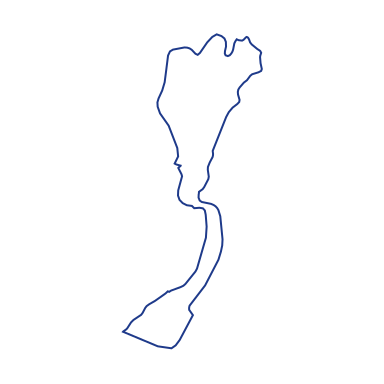 SVG path tracing the border of Khorezm, rotated 72°
{"feature_id": "UZB-355", "entity_name": "Khorezm", "entity_type": "Region", "adm_level": 1, "iso_a3": "UZB", "parent_name": "Uzbekistan", "parent_adm1": "", "projection": "robinson", "projection_center": [60.994, 41.256], "detail": "fine", "context": "isolated", "style": "outline", "palette": "blue", "viewbox_px": 384, "rotation_deg": 72, "n_neighbors": 0, "source": "natural_earth", "source_scale": "10m", "svg_char_len": 1947}
<svg xmlns="http://www.w3.org/2000/svg" viewBox="0 0 384 384"><g transform="rotate(72 192 192)"><path d="M70.5,118.0L72.4,117.8L73.8,115.9L73.6,113.8L72.4,111.8L71.0,110.2L69.3,108.9L63.7,105.8L62.0,104.1L60.6,102.3L62.0,100.8L63.5,97.6L63.2,96.0L61.9,93.5L61.6,92.9L61.4,92.2L61.8,91.6L62.6,91.0L64.5,90.6L67.7,90.5L70.1,89.6L76.2,85.7L78.4,83.9L79.1,83.5L81.0,83.2L83.5,85.0L84.8,85.6L90.7,87.0L96.6,87.6L98.2,88.8L98.7,91.8L98.6,98.4L99.5,100.7L102.7,105.2L104.0,108.9L107.3,114.4L108.9,116.3L111.0,117.5L113.5,118.1L119.1,118.3L121.0,119.3L122.3,121.7L124.3,127.3L127.4,132.3L131.2,136.3L159.3,159.6L162.3,160.2L163.8,160.8L165.1,161.6L169.4,166.0L173.1,169.1L175.7,170.1L182.6,171.3L184.8,172.5L191.1,178.9L192.6,181.0L194.0,185.3L195.9,186.1L196.6,186.5L199.4,187.5L202.5,187.3L204.5,185.8L209.2,177.5L211.1,175.4L212.9,174.0L215.1,173.0L217.4,172.5L223.8,172.6L246.5,177.6L252.2,179.8L257.6,182.9L264.6,187.8L284.9,208.4L299.2,229.2L299.7,229.7L301.4,230.6L303.2,231.1L309.4,229.2L328.9,249.4L332.8,254.9L334.3,259.8L328.2,272.2L303.6,300.8L303.4,300.5L302.4,297.2L301.7,295.8L297.2,290.3L295.6,287.2L293.1,278.3L291.7,276.3L287.8,272.3L286.5,270.4L285.5,267.3L284.1,260.7L280.3,248.5L279.0,245.7L279.9,244.6L279.3,242.4L278.9,232.2L278.5,229.2L277.5,226.8L268.7,213.3L266.4,210.9L239.8,192.9L229.5,188.8L217.9,186.0L213.5,185.5L210.9,186.7L209.3,189.8L208.1,194.9L205.2,196.4L203.0,201.0L199.7,204.3L195.6,206.3L191.0,206.4L186.2,204.6L174.0,196.6L171.9,196.5L164.9,197.6L164.2,196.3L163.8,195.0L163.4,194.7L162.7,195.8L161.1,198.2L160.4,199.0L159.6,199.7L153.9,194.2L145.6,192.4L121.7,193.7L107.4,198.1L100.3,198.3L96.1,197.2L92.7,194.9L86.3,189.0L79.2,184.1L67.8,178.7L54.8,172.6L51.5,169.5L50.7,166.1L52.2,154.5L53.2,152.0L54.7,149.9L56.7,148.3L61.6,146.0L63.3,144.2L62.2,141.5L54.4,131.3L50.8,124.8L49.7,119.8L52.8,115.8L56.0,113.7L59.7,113.4L64.2,114.7L68.2,117.1L70.5,118.0Z" fill="none" stroke="#1e3a8a" stroke-width="2"/></g></svg>